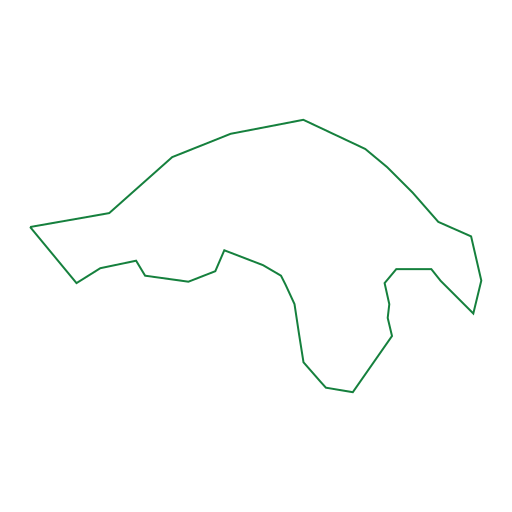 Yeonje-gu, Busan, South Korea
{"feature_id": "91817680B90297389150949", "entity_name": "Yeonje-gu", "entity_type": "district", "adm_level": 2, "iso_a3": "KOR", "parent_name": "South Korea", "parent_adm1": "Busan", "projection": "albers", "projection_center": [129.072, 35.172], "detail": "fine", "context": "isolated", "style": "outline", "palette": "green", "viewbox_px": 512, "rotation_deg": 0, "n_neighbors": 0, "source": "geoboundaries", "source_scale": "gbopen_adm2", "svg_char_len": 578}
<svg xmlns="http://www.w3.org/2000/svg" viewBox="0 0 512 512"><path d="M31.2,226.8L31.3,227.1L30.7,227.7L76.5,283.1L100.3,268.2L136.1,260.7L145.1,275.7L188.4,281.7L215.3,271.2L224.3,250.3L263.1,265.2L281.0,275.7L285.5,284.6L294.5,304.1L299.0,333.9L303.5,362.3L320.4,381.6L325.9,387.7L352.8,392.2L392.0,336.0L387.7,317.9L389.3,304.2L384.6,283.1L396.3,269.1L431.3,269.1L440.6,280.8L473.3,313.5L481.3,280.6L471.1,236.4L438.3,221.9L412.7,192.7L387.2,167.2L365.3,149.0L303.3,119.8L230.6,133.8L172.2,157.1L109.2,213.1L31.2,226.8Z" fill="none" stroke="#15803d" stroke-width="2"/></svg>